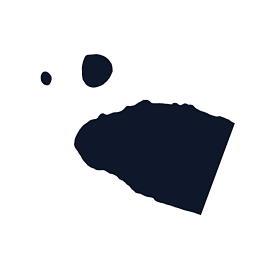 North Ari, Maldives, rotated 289°
{"feature_id": "70690204B20684534310008", "entity_name": "North Ari", "entity_type": "district", "adm_level": 2, "iso_a3": "MDV", "parent_name": "Maldives", "parent_adm1": "", "projection": "orthographic", "projection_center": [72.851, 4.166], "detail": "fine", "context": "isolated", "style": "filled", "palette": "ink", "viewbox_px": 256, "rotation_deg": 289, "n_neighbors": 0, "source": "geoboundaries", "source_scale": "gbopen_adm2", "svg_char_len": 4505}
<svg xmlns="http://www.w3.org/2000/svg" viewBox="0 0 256 256"><g transform="rotate(289 128 128)"><path d="M166.6,226.7L166.7,225.3L166.9,224.0L167.2,222.8L167.6,221.5L168.0,220.8L168.0,219.2L168.0,217.9L168.3,216.3L168.3,215.4L168.3,214.6L168.4,213.8L168.4,213.1L168.3,212.4L168.4,212.0L168.4,211.5L168.4,211.2L167.4,209.3L167.0,208.1L166.7,207.0L166.7,206.0L166.7,204.9L166.6,203.3L166.6,202.4L166.6,201.5L166.6,200.7L167.0,198.7L167.1,197.3L167.2,195.9L167.2,194.5L167.2,193.2L167.1,191.8L167.2,190.4L167.4,189.0L167.7,187.7L167.8,186.4L168.2,185.2L168.7,184.0L169.3,182.9L169.9,181.7L169.8,179.9L169.2,178.5L168.9,177.3L169.2,175.8L169.2,174.4L168.9,173.7L167.8,172.6L166.4,171.4L166.0,170.7L165.6,169.5L165.9,168.1L166.4,166.9L166.6,165.8L166.4,164.5L165.7,163.0L165.2,163.0L164.2,162.8L163.9,161.8L163.4,160.1L163.1,158.5L162.8,157.0L162.3,155.7L162.1,154.5L162.1,153.9L161.4,151.4L161.0,150.0L160.7,149.1L160.0,147.6L160.0,147.2L159.6,146.0L159.0,144.4L158.7,143.1L158.6,142.2L159.2,140.6L159.8,139.2L160.1,138.2L160.0,136.9L158.9,133.9L157.5,132.6L156.2,131.5L154.9,130.1L153.9,129.4L152.9,128.6L151.5,127.7L150.7,126.7L149.9,125.3L149.1,124.0L148.5,122.7L148.3,121.4L148.0,120.5L147.2,119.8L145.8,119.2L144.6,118.8L143.9,118.4L141.6,116.9L140.3,115.4L139.7,114.5L139.1,113.6L138.8,113.2L138.6,112.5L138.2,111.8L138.1,111.2L137.8,110.6L137.5,110.0L137.1,109.3L136.7,108.8L136.3,108.4L135.7,107.7L135.3,107.1L134.5,106.3L133.8,105.5L133.3,104.8L133.0,104.1L132.8,103.2L132.7,102.5L132.7,101.6L133.0,100.6L133.1,99.9L132.6,98.9L131.9,98.2L130.0,97.3L129.3,97.0L128.0,96.9L127.0,96.5L126.2,95.9L125.4,94.9L125.0,94.1L124.0,92.3L122.8,90.6L121.2,89.4L119.5,88.3L118.0,87.1L115.7,85.5L113.3,84.5L111.6,83.9L109.4,83.2L107.6,82.9L105.7,82.5L103.8,82.3L102.5,82.1L101.1,82.1L99.2,82.2L97.3,82.7L95.9,82.9L95.0,83.1L93.9,83.9L93.0,84.6L92.4,85.3L91.6,86.4L90.5,88.0L90.3,88.5L89.7,89.1L89.0,89.9L88.3,90.6L87.7,91.5L87.1,92.4L86.4,93.3L85.3,94.3L84.5,95.1L83.9,96.0L82.9,97.3L82.3,98.7L81.5,100.0L81.0,101.0L80.2,102.5L79.7,104.2L79.4,105.5L79.4,106.3L79.2,107.0L79.2,107.6L79.3,108.2L79.5,108.5L79.5,109.0L79.0,109.9L78.9,110.6L78.8,111.8L79.1,113.2L79.3,114.0L79.7,115.3L80.0,115.8L80.3,116.6L80.5,117.1L80.8,117.9L81.0,118.8L81.2,119.3L80.9,120.2L80.7,121.4L80.5,122.5L80.1,124.2L79.7,125.4L79.8,126.5L80.0,127.0L80.1,128.2L80.1,129.1L80.0,130.1L79.9,130.9L79.8,131.7L79.6,132.8L79.4,133.4L79.0,134.3L78.6,134.9L78.2,135.5L77.8,136.2L77.5,137.1L77.4,138.2L77.3,139.1L77.3,139.9L77.3,140.5L76.9,141.3L76.6,142.1L76.1,143.3L75.6,144.4L75.0,145.5L74.7,146.4L74.4,147.6L74.2,148.5L73.6,149.4L73.1,150.2L72.6,150.9L72.0,151.8L71.7,152.8L71.5,153.4L71.3,154.0L71.0,154.7L70.7,155.2L70.3,155.8L70.1,156.8L70.1,157.8L70.2,158.7L70.4,160.0L70.5,160.8L70.6,161.5L70.4,162.7L70.2,164.0L70.2,164.7L70.0,165.2L70.0,165.8L69.9,166.4L69.9,167.5L70.0,168.7L70.1,169.6L70.3,170.6L70.5,171.5L70.6,172.2L70.7,173.2L70.7,174.2L70.5,175.1L70.4,175.6L70.1,176.0L69.5,176.6L69.0,177.5L68.8,178.2L68.6,179.0L68.6,179.8L68.7,180.9L68.6,182.1L68.7,183.5L69.0,184.6L69.0,185.8L69.0,186.3L69.0,188.3L68.9,189.0L69.0,190.1L69.1,191.2L69.2,192.4L69.3,193.5L69.3,194.7L69.2,195.8L69.3,196.7L69.2,198.5L69.3,199.9L69.4,201.4L69.4,202.9L69.4,204.6L69.4,205.7L69.4,206.8L69.4,207.8L69.5,209.3L69.6,210.6L69.7,211.5L69.9,213.1L69.9,213.9L70.0,214.9L70.1,215.5L70.1,216.4L70.2,217.3L70.2,218.3L70.3,218.8L70.3,219.2L70.2,219.6L70.2,219.8L70.2,220.1L70.1,220.6L70.1,221.0L70.1,221.4L70.2,222.0L70.2,222.9L70.2,224.0L70.1,224.5L166.6,226.7ZM187.4,79.5L187.4,78.0L187.2,76.2L186.9,74.4L186.2,72.8L185.6,71.7L185.0,70.2L184.2,68.5L183.9,67.6L183.7,67.0L183.3,66.3L182.4,65.3L181.0,64.8L179.6,64.7L178.4,64.7L176.7,64.6L175.4,64.6L174.1,64.9L173.1,64.9L171.9,65.1L171.0,65.3L169.8,65.6L168.8,65.9L167.8,66.4L166.6,66.8L165.2,67.4L164.1,67.6L163.0,68.2L161.8,68.8L160.4,69.5L159.3,70.2L158.2,71.7L157.3,72.9L156.3,74.1L155.8,75.2L155.4,76.7L155.2,78.3L155.3,79.7L155.5,81.4L156.3,83.4L157.4,85.1L158.6,86.7L159.7,88.0L160.5,88.9L161.7,89.9L163.1,90.6L164.5,91.5L165.6,92.1L168.1,93.0L169.7,93.6L171.3,93.8L173.1,94.0L174.5,94.1L176.4,94.3L177.9,93.7L179.6,93.0L180.8,92.3L182.7,91.1L183.9,89.6L184.9,88.2L185.9,86.6L186.8,84.3L187.2,82.7L187.4,81.1L187.4,79.5ZM153.6,31.2L153.2,30.6L151.8,29.5L150.5,29.4L149.2,29.3L147.4,29.8L145.2,30.8L144.0,31.9L142.9,33.6L142.4,35.5L142.4,36.1L143.0,37.9L144.0,38.9L146.3,39.4L149.2,39.2L151.3,38.2L152.3,36.9L153.5,34.8L154.0,32.9L153.6,31.2Z" fill="#0f172a" stroke="#020617" stroke-width="1.5"/></g></svg>